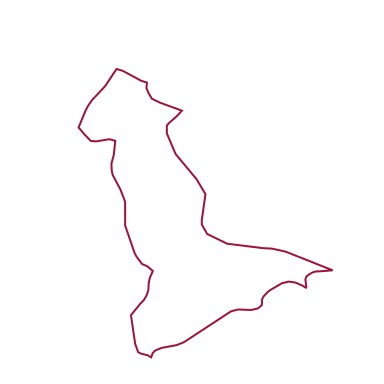 map outline of Madriz (Robinson projection), rotated 250°
{"feature_id": "NIC-665", "entity_name": "Madriz", "entity_type": "Department", "adm_level": 1, "iso_a3": "NIC", "parent_name": "Nicaragua", "parent_adm1": "", "projection": "robinson", "projection_center": [-86.499, 13.43], "detail": "fine", "context": "isolated", "style": "outline", "palette": "rose", "viewbox_px": 384, "rotation_deg": 250, "n_neighbors": 0, "source": "natural_earth", "source_scale": "10m", "svg_char_len": 1202}
<svg xmlns="http://www.w3.org/2000/svg" viewBox="0 0 384 384"><g transform="rotate(250 192 192)"><path d="M63.1,266.2L66.0,264.0L71.5,258.3L74.7,252.3L75.5,245.2L73.1,232.1L72.3,229.3L69.4,223.5L66.8,220.8L64.1,220.1L61.7,218.7L60.1,214.2L60.8,207.6L65.9,194.9L66.5,187.8L53.6,132.8L53.4,125.0L55.9,110.3L55.6,103.0L54.1,100.0L50.6,97.1L53.9,94.3L57.0,89.6L58.2,88.1L60.1,86.6L68.9,86.7L97.1,92.5L105.0,105.7L106.8,109.6L110.3,113.9L114.7,117.4L121.5,120.3L126.1,123.3L131.1,128.2L137.4,124.7L141.4,120.4L150.5,117.7L154.5,117.2L183.3,117.7L205.7,125.8L218.6,125.6L235.3,123.3L240.0,124.0L246.2,126.0L254.0,131.4L266.3,137.4L269.9,132.4L272.3,119.4L273.6,116.4L274.7,114.3L283.5,110.4L291.4,107.5L305.2,120.1L308.5,123.8L312.4,129.2L321.3,146.8L333.4,163.1L329.6,168.3L314.0,182.2L310.2,187.1L305.2,184.7L299.6,185.0L293.2,186.3L286.7,192.7L271.9,210.3L268.7,204.1L264.7,194.1L263.1,191.1L255.5,188.4L233.2,189.6L202.4,200.7L185.4,203.9L168.2,194.8L162.3,191.6L158.1,190.1L147.4,191.9L131.4,207.3L114.9,239.6L111.5,247.7L104.0,259.5L70.3,297.4L73.9,284.4L74.4,283.2L75.0,280.8L75.2,278.0L74.7,274.6L73.5,270.7L71.2,268.7L63.6,266.9L63.1,266.2Z" fill="none" stroke="#9f1239" stroke-width="2"/></g></svg>